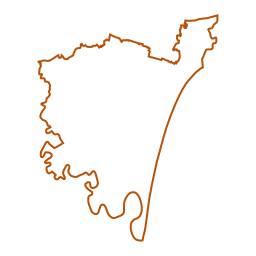 outline of Quang Xuong, Thanh Hóa, Vietnam
{"feature_id": "81297802B40676303665635", "entity_name": "Quang Xuong", "entity_type": "district", "adm_level": 2, "iso_a3": "VNM", "parent_name": "Vietnam", "parent_adm1": "Thanh Hóa", "projection": "robinson", "projection_center": [105.774, 19.675], "detail": "fine", "context": "isolated", "style": "outline", "palette": "amber", "viewbox_px": 256, "rotation_deg": 0, "n_neighbors": 0, "source": "geoboundaries", "source_scale": "gbopen_adm2", "svg_char_len": 5602}
<svg xmlns="http://www.w3.org/2000/svg" viewBox="0 0 256 256"><path d="M40.3,64.6L40.7,65.2L40.9,66.3L39.7,68.5L39.2,72.3L39.2,74.0L39.3,74.2L39.7,74.4L41.3,74.1L41.9,74.4L42.0,74.7L40.8,77.2L40.8,78.0L41.5,78.4L43.5,78.3L44.3,78.5L44.7,79.2L44.9,81.1L45.1,81.5L47.7,81.8L48.7,82.5L49.7,84.5L50.1,86.0L49.7,87.6L49.9,89.8L48.8,91.4L48.9,92.1L49.9,94.0L49.9,94.4L49.6,95.0L48.6,96.7L46.6,98.5L46.3,101.1L45.8,102.0L44.4,102.7L41.9,103.3L41.4,103.8L41.4,104.2L41.5,104.5L44.5,105.9L44.9,106.6L45.0,106.9L44.9,107.6L44.6,108.3L42.8,110.5L41.5,112.6L40.5,115.2L40.3,116.2L40.5,117.2L40.7,117.8L42.4,119.6L43.0,120.0L44.9,120.7L46.0,121.4L47.2,123.4L47.7,125.5L49.4,126.0L50.1,126.5L50.4,127.3L47.0,128.9L46.2,129.9L46.1,131.6L46.6,132.8L47.5,133.2L48.8,133.0L51.9,131.1L53.8,133.8L54.6,134.3L55.4,134.4L57.0,134.1L58.2,134.3L59.0,135.0L60.0,138.1L60.7,139.5L63.1,143.1L57.3,146.6L54.6,148.0L54.1,147.9L50.2,144.7L49.4,144.0L48.6,142.5L47.6,141.8L46.9,141.9L46.3,142.3L44.9,144.4L43.9,146.5L41.2,151.5L40.9,152.5L40.7,154.5L40.9,155.9L41.2,156.8L41.5,157.1L42.1,157.2L42.6,157.1L43.2,156.6L43.9,155.7L45.3,152.6L45.9,152.3L48.6,152.5L50.0,153.0L51.1,153.8L51.7,154.9L51.6,156.3L51.0,157.2L47.6,159.4L45.5,161.3L45.1,161.9L45.1,162.5L45.4,162.9L46.4,163.1L48.9,162.6L49.8,162.8L50.5,163.6L50.5,164.5L50.2,165.2L49.2,166.0L47.1,166.9L46.5,167.9L46.5,169.2L46.7,170.2L47.4,172.4L48.2,173.1L48.8,173.3L49.3,173.3L50.9,172.5L52.1,171.6L55.7,174.9L54.8,175.8L54.6,176.9L54.6,177.4L54.9,178.2L55.7,179.1L57.0,179.4L58.0,179.0L59.9,177.2L60.4,177.0L61.0,177.2L63.8,179.0L64.4,179.0L64.8,178.6L64.8,177.4L63.6,174.8L63.1,173.2L63.3,171.5L63.9,170.0L66.3,165.6L66.8,165.2L67.5,165.0L68.3,165.1L69.0,165.8L69.3,166.4L69.3,168.1L68.7,169.5L68.3,171.0L68.4,172.0L69.2,173.6L70.3,175.1L71.1,175.8L74.0,176.8L75.7,177.0L77.6,176.5L79.1,175.6L83.2,174.0L84.9,172.7L85.9,172.5L87.0,173.1L88.5,174.8L89.2,174.9L90.6,174.1L91.9,172.2L93.0,171.2L93.8,171.3L94.4,171.7L95.0,172.4L95.9,174.6L97.7,181.5L97.9,183.0L97.7,184.2L97.2,185.5L96.5,186.4L95.0,187.4L93.0,188.1L92.0,187.9L91.1,187.4L90.4,186.2L90.0,183.2L89.6,182.5L89.0,182.2L87.5,182.3L85.9,183.6L85.4,184.1L85.3,184.6L85.3,185.5L85.5,186.1L86.5,187.6L88.1,189.3L91.4,191.6L91.9,191.9L92.2,192.5L92.3,193.3L92.0,194.2L91.5,194.7L89.5,195.7L89.0,196.1L88.5,197.2L88.3,197.7L88.3,201.5L88.6,203.1L89.6,206.4L91.6,211.4L92.3,212.3L93.3,213.2L95.0,214.0L96.9,213.9L98.1,212.9L98.6,211.7L100.3,206.3L101.3,204.9L103.0,204.6L103.6,204.7L104.8,205.9L105.7,207.4L107.7,212.9L108.8,214.8L110.7,216.9L112.8,217.9L113.6,218.1L114.9,217.9L119.9,216.0L122.7,214.4L123.8,212.7L124.1,210.8L124.0,207.4L124.3,202.0L125.1,199.7L126.4,197.1L127.7,195.2L129.9,193.1L130.7,192.7L132.5,192.3L134.0,192.2L135.0,192.6L136.3,193.3L137.5,194.6L138.6,196.1L140.0,199.0L141.1,202.8L141.8,206.8L141.7,210.1L141.4,212.4L140.6,214.5L140.0,215.9L138.8,217.2L136.3,218.7L134.4,219.3L133.0,220.6L131.6,222.3L131.0,223.8L130.7,225.3L130.7,227.9L131.0,230.2L132.0,233.8L133.7,237.1L134.8,238.5L136.3,239.7L138.8,240.4L140.3,240.6L142.5,240.4L143.4,236.1L144.6,231.5L145.5,226.7L149.3,198.5L152.0,184.2L156.7,162.4L163.4,137.7L166.6,127.0L171.0,114.7L175.1,104.7L179.6,94.9L182.4,89.5L186.3,83.2L188.3,80.7L195.7,72.5L200.6,68.5L202.9,67.4L202.6,66.1L202.6,65.2L202.1,58.9L203.0,57.5L204.8,52.8L206.0,50.2L206.5,49.6L207.1,49.4L210.3,49.4L212.1,48.9L212.7,48.0L212.6,44.9L212.8,44.0L213.6,43.4L215.4,43.0L216.0,42.4L216.3,41.7L216.3,39.0L216.2,38.0L215.8,37.5L215.4,37.5L213.5,38.6L212.0,38.5L210.9,37.0L210.6,36.1L210.1,33.2L208.3,29.7L208.6,29.1L209.1,28.7L211.7,28.3L212.1,28.0L212.8,27.0L213.9,24.6L216.4,22.6L217.2,21.5L217.4,20.7L217.4,15.4L207.0,18.2L199.6,19.0L194.9,20.5L188.7,20.8L185.4,20.5L185.3,21.6L184.7,23.3L186.3,23.9L186.8,24.5L186.8,26.0L186.5,27.0L185.9,27.9L185.6,28.1L184.7,27.9L184.2,27.2L184.8,25.8L184.8,25.4L181.1,25.4L181.3,27.5L180.5,28.3L180.6,28.9L179.9,29.7L180.3,32.8L180.1,33.7L180.8,33.9L180.8,35.6L180.3,36.1L178.9,35.5L177.7,35.3L177.1,35.6L177.1,37.8L176.9,38.0L177.8,40.4L179.0,40.6L178.6,43.1L176.3,43.5L174.3,47.0L174.1,47.7L173.2,49.1L173.8,49.7L173.5,50.1L173.8,50.3L174.7,49.3L176.0,49.9L176.2,49.4L176.7,49.5L176.4,50.1L177.2,50.6L178.4,50.7L178.4,51.0L179.2,51.1L179.7,55.9L179.7,57.4L178.4,60.8L177.2,61.7L176.4,61.7L176.2,62.3L176.6,62.8L176.2,63.5L175.5,63.2L175.3,62.6L174.1,63.8L173.2,63.0L172.1,62.6L171.5,61.7L170.5,62.5L168.7,61.1L168.3,61.4L167.8,60.7L164.5,59.6L163.5,58.9L161.9,58.6L161.5,60.0L148.7,56.5L149.1,53.9L149.9,51.5L149.8,51.2L148.9,50.6L149.3,50.4L149.6,48.5L148.5,48.3L148.5,47.6L147.2,47.4L147.2,46.8L144.8,46.3L142.6,45.6L142.5,45.1L142.7,44.2L140.0,43.5L139.6,44.3L138.8,44.0L139.0,43.4L128.8,40.2L128.5,40.7L128.2,40.6L126.7,39.9L126.2,40.4L123.0,40.2L122.5,40.7L121.9,40.7L122.1,41.5L121.5,41.9L119.8,38.9L119.3,38.4L114.8,36.8L110.0,34.5L109.0,40.4L107.8,40.1L106.9,39.5L106.5,39.5L106.2,39.7L106.0,40.3L104.7,40.7L104.2,41.2L104.1,42.9L104.5,44.4L103.6,44.8L103.6,45.3L102.3,45.6L102.3,46.3L101.2,47.0L100.8,47.0L100.5,46.2L99.2,47.5L98.1,45.9L97.1,44.9L96.8,44.7L95.8,45.6L94.6,45.8L93.0,45.8L92.1,46.8L89.4,47.0L87.5,46.8L87.1,46.7L85.4,45.2L84.0,45.9L83.0,45.7L82.3,45.1L81.8,43.9L81.3,43.9L81.1,44.0L80.8,44.5L80.8,46.1L80.6,47.1L80.0,48.0L77.2,48.3L76.1,49.0L75.2,50.1L73.8,53.1L73.2,54.9L73.2,55.4L69.4,57.4L67.4,59.1L65.6,59.2L64.3,58.7L62.5,56.1L61.7,55.4L61.7,56.7L61.4,57.1L60.0,57.8L59.3,57.8L59.1,57.6L58.8,57.1L58.4,55.2L57.6,55.5L53.3,58.5L49.3,60.7L48.1,61.0L44.9,60.5L43.3,60.5L42.7,60.6L41.3,61.3L39.2,61.4L38.6,61.7L38.7,62.3L40.8,63.6L40.8,64.1L40.3,64.6Z" fill="none" stroke="#b45309" stroke-width="2"/></svg>